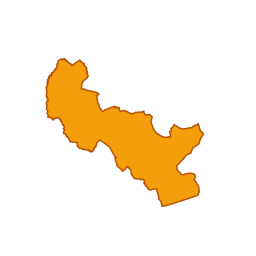 the district of Bawku Municipal, Upper East, Ghana, rotated 147°
{"feature_id": "2480657B67017614982997", "entity_name": "Bawku Municipal", "entity_type": "district", "adm_level": 2, "iso_a3": "GHA", "parent_name": "Ghana", "parent_adm1": "Upper East", "projection": "robinson", "projection_center": [-0.204, 11.042], "detail": "fine", "context": "isolated", "style": "filled", "palette": "amber", "viewbox_px": 256, "rotation_deg": 147, "n_neighbors": 0, "source": "geoboundaries", "source_scale": "gbopen_adm2", "svg_char_len": 5963}
<svg xmlns="http://www.w3.org/2000/svg" viewBox="0 0 256 256"><g transform="rotate(147 128 128)"><path d="M165.3,214.2L166.3,214.0L166.9,214.1L167.0,213.4L166.9,213.1L167.7,213.0L167.6,212.4L168.1,212.0L169.0,212.1L169.1,211.8L168.8,211.6L169.1,211.4L169.4,211.6L169.3,211.2L169.8,210.9L170.0,210.5L170.3,210.5L170.3,209.9L170.6,210.0L170.9,209.3L171.3,209.6L171.4,208.9L172.2,208.4L173.2,206.8L174.4,206.6L174.9,206.1L175.4,204.0L177.6,200.8L178.4,200.5L179.7,198.0L179.5,197.7L179.0,197.7L179.7,195.0L180.3,194.8L180.3,195.0L180.7,195.1L180.8,194.4L182.8,193.5L183.3,192.7L183.5,191.6L184.1,190.3L185.0,189.5L186.1,187.8L185.9,186.9L186.2,186.1L186.2,185.6L186.4,185.3L187.0,185.1L187.8,184.4L188.0,183.6L187.8,182.2L187.9,181.8L189.3,180.9L189.3,180.6L188.1,180.3L187.9,179.1L186.8,178.7L186.6,176.9L186.8,176.4L186.6,176.0L186.3,176.4L186.0,176.0L185.8,176.8L185.3,176.8L185.2,176.2L184.7,176.1L184.4,175.6L183.8,176.0L183.3,175.9L183.0,175.6L182.6,175.7L182.2,175.3L181.8,175.3L181.7,175.0L181.2,175.0L180.7,174.5L180.8,174.0L180.7,173.6L180.3,173.5L180.1,173.0L180.3,172.4L179.8,171.8L180.0,171.6L180.3,171.7L180.2,171.2L180.7,170.7L180.7,170.2L180.3,170.3L180.2,169.0L180.4,167.9L180.6,167.5L180.9,167.4L181.1,167.0L180.5,166.1L181.0,165.5L180.8,164.7L180.8,163.8L181.7,162.8L182.5,162.6L182.3,161.9L182.3,161.4L182.6,161.4L182.7,161.2L182.3,160.8L182.4,160.5L183.1,160.4L183.7,159.9L184.3,159.8L184.3,159.3L184.7,159.2L184.9,158.7L184.7,158.1L183.7,157.0L183.9,156.8L183.7,156.3L184.1,155.4L183.9,154.9L184.2,154.5L184.1,154.0L183.7,154.0L183.7,153.4L183.3,153.0L183.8,149.6L183.6,148.5L184.0,147.7L182.6,147.2L180.6,145.1L179.7,144.6L178.5,143.5L179.1,143.0L179.3,142.7L179.1,142.4L179.1,141.9L179.9,141.3L180.0,140.7L180.4,140.3L179.9,139.6L180.0,138.2L179.6,137.1L179.2,136.8L178.8,136.8L178.0,136.2L177.9,135.4L177.0,134.1L176.5,133.7L175.7,133.8L174.6,132.2L174.5,131.7L173.3,131.6L172.7,130.7L173.1,130.5L173.3,129.6L172.9,129.2L172.3,129.0L172.1,128.6L171.9,128.9L171.6,128.9L171.1,127.7L170.2,127.6L168.5,128.7L168.0,128.6L167.8,129.3L166.9,129.8L165.6,129.6L165.0,129.9L164.3,130.9L163.5,131.2L162.9,132.0L161.6,132.6L159.8,133.1L158.5,133.1L157.6,132.9L157.6,132.1L154.3,123.7L153.9,121.8L154.4,113.3L154.4,111.9L153.9,109.7L155.1,110.2L156.4,107.0L156.9,104.3L157.5,103.1L157.5,101.0L156.5,97.9L155.9,94.5L152.4,95.1L150.2,95.7L149.8,96.1L149.4,95.0L148.9,94.6L148.9,94.3L149.1,94.1L149.1,93.0L148.4,91.3L150.1,87.9L150.4,83.0L148.8,80.7L147.6,79.9L146.4,79.6L146.0,78.9L146.0,78.3L145.5,77.7L144.7,77.2L144.1,77.2L143.9,77.0L143.4,77.2L142.8,75.2L143.6,74.0L144.8,72.7L144.8,72.4L144.0,72.1L144.1,71.4L144.9,70.2L144.8,69.8L144.1,68.9L144.3,67.3L144.0,66.8L144.3,66.1L144.2,65.5L142.5,63.4L141.3,63.3L139.5,62.8L137.5,61.5L137.5,60.8L137.2,60.7L137.1,60.3L137.1,60.0L138.3,59.1L138.7,56.2L139.1,55.7L139.3,54.8L139.3,54.0L139.9,53.3L140.1,52.6L140.4,52.3L140.8,51.6L140.3,48.6L140.4,48.1L141.1,47.1L141.2,46.6L141.0,45.9L141.2,45.0L141.8,44.7L142.2,43.9L141.6,43.5L137.2,41.8L121.3,37.4L105.9,33.5L103.0,35.8L101.4,38.7L100.9,40.0L100.6,41.8L100.5,44.1L100.6,47.9L100.4,48.9L98.1,50.2L97.9,51.1L97.5,51.8L97.3,52.8L98.1,54.0L99.6,55.5L101.3,56.8L105.8,58.5L107.7,58.9L108.6,60.1L108.7,62.0L109.2,64.0L109.5,66.3L109.0,67.7L108.2,68.5L107.5,70.0L104.5,70.4L102.4,71.2L99.3,71.7L93.5,73.5L89.5,72.8L88.7,73.0L84.6,76.0L78.1,76.0L76.8,76.5L72.5,80.0L69.7,80.9L68.0,82.0L67.8,82.7L68.7,86.5L68.1,89.2L66.7,93.3L67.0,93.4L67.7,92.8L68.0,93.0L68.3,92.7L69.2,93.2L69.4,93.5L70.5,93.8L71.1,93.4L71.4,93.6L71.8,93.4L72.1,93.9L74.4,93.4L76.2,94.7L78.8,95.5L82.9,97.4L85.3,100.9L87.4,105.6L89.9,104.5L92.3,104.1L92.9,102.2L93.6,101.7L94.1,101.6L94.9,102.5L95.5,101.1L95.9,99.6L96.9,97.5L98.1,97.5L98.5,98.3L102.0,99.8L104.1,102.3L106.8,108.1L107.2,110.4L107.2,113.3L105.8,119.1L105.6,120.7L101.7,124.0L102.6,127.8L104.6,128.3L105.3,128.9L106.3,130.0L106.4,131.7L105.6,133.5L108.0,133.9L109.8,135.1L113.4,137.1L115.2,137.2L117.3,137.9L118.6,139.8L120.1,142.8L120.7,143.1L120.9,143.6L121.2,144.4L121.9,145.0L123.2,145.1L124.1,145.6L124.8,146.0L125.3,146.8L125.2,148.4L124.4,149.5L125.2,151.0L126.0,151.2L126.1,151.6L126.7,151.7L127.0,152.3L127.3,152.0L127.5,152.6L127.1,153.1L130.6,154.5L133.0,154.7L135.6,155.2L136.6,155.8L137.5,155.8L138.6,155.5L140.4,155.9L140.3,157.0L140.7,160.5L140.6,161.2L139.6,163.6L139.7,165.2L139.1,167.0L138.6,167.6L137.6,170.3L136.5,172.0L136.7,172.4L134.4,172.2L133.9,172.7L134.3,173.3L135.1,175.1L138.3,178.3L138.7,179.1L140.0,179.8L140.8,181.0L142.0,181.9L142.7,183.0L143.2,184.2L145.8,186.2L143.9,188.4L142.5,190.4L139.7,191.9L138.9,192.1L137.5,191.9L136.5,192.2L135.1,192.3L133.8,192.8L133.7,193.1L133.0,193.5L133.3,194.6L132.6,194.8L132.9,194.8L132.9,195.0L133.1,195.3L132.5,195.5L132.6,195.9L132.0,196.0L131.9,196.8L131.6,196.9L131.5,197.3L131.9,197.6L131.3,198.6L131.3,199.2L131.0,199.6L131.1,199.8L130.5,199.9L130.4,200.4L130.2,200.6L130.4,201.0L130.2,201.2L130.3,201.4L130.1,201.5L130.3,201.8L130.2,202.2L130.6,203.7L130.3,204.0L130.5,204.3L130.6,204.8L130.5,205.0L130.2,204.9L130.2,205.3L130.4,205.2L130.5,205.3L130.2,205.5L129.7,206.0L129.7,206.3L130.3,206.5L130.7,207.0L130.8,207.9L131.1,208.4L130.8,209.1L131.1,209.4L131.1,210.2L131.4,211.3L134.6,211.0L136.5,211.2L140.5,210.8L141.4,212.2L141.0,213.3L142.0,214.2L142.1,215.4L142.5,216.6L142.5,217.3L142.8,218.0L143.2,218.3L143.0,218.6L143.6,219.2L143.2,220.5L143.6,220.9L143.9,220.8L144.3,221.1L144.8,220.9L145.3,221.1L145.8,220.9L146.0,221.2L145.9,221.8L146.5,222.1L146.7,221.8L147.0,221.8L147.5,222.5L149.6,222.3L150.4,221.9L150.5,221.4L150.9,221.0L151.5,220.9L151.8,220.5L152.7,220.4L152.8,219.9L153.1,219.7L153.6,219.1L153.9,218.3L155.2,217.1L155.9,217.4L156.2,217.4L156.9,216.5L157.1,217.0L157.7,216.5L159.1,216.3L159.5,215.6L160.3,215.3L161.3,215.9L161.6,215.7L162.0,215.9L162.4,215.3L162.6,214.8L162.5,214.4L163.0,214.0L163.6,214.2L164.1,213.7L164.9,213.7L164.6,214.8L164.8,214.9L165.3,214.2Z" fill="#f59e0b" stroke="#b45309" stroke-width="1.5"/></g></svg>